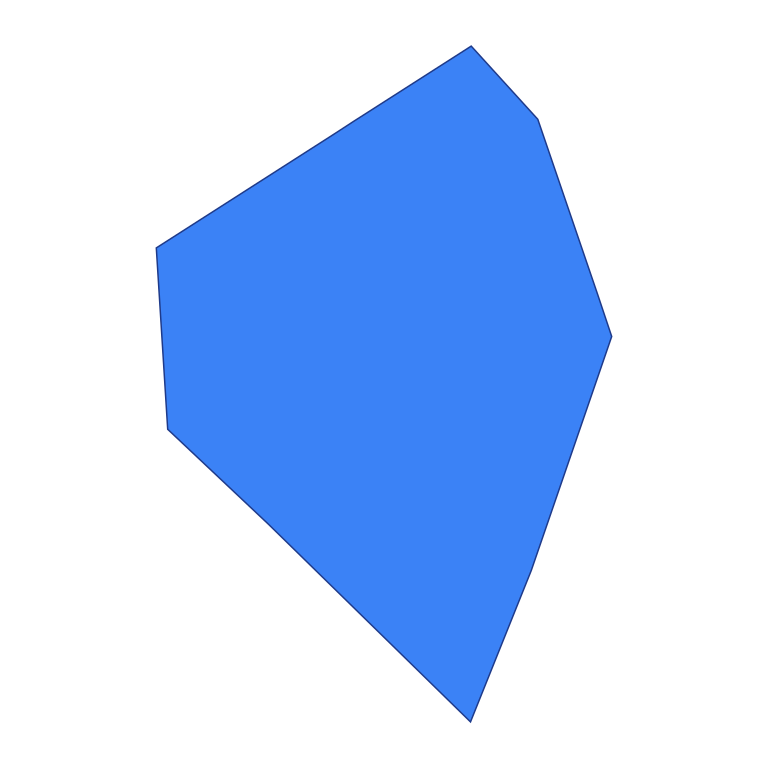 Bom Jesus, Rio Grande do Norte, Brazil
{"feature_id": "56859067B58968790260972", "entity_name": "Bom Jesus", "entity_type": "district", "adm_level": 2, "iso_a3": "BRA", "parent_name": "Brazil", "parent_adm1": "Rio Grande do Norte", "projection": "robinson", "projection_center": [-35.585, -6.006], "detail": "fine", "context": "isolated", "style": "filled", "palette": "blue", "viewbox_px": 768, "rotation_deg": 0, "n_neighbors": 0, "source": "geoboundaries", "source_scale": "gbopen_adm2", "svg_char_len": 275}
<svg xmlns="http://www.w3.org/2000/svg" viewBox="0 0 768 768"><path d="M531.3,570.4L611.7,336.5L597.6,294.3L537.8,119.3L471.2,46.1L353.4,121.5L334.5,133.8L156.3,247.9L167.7,429.3L268.2,524.0L470.5,721.9L531.3,570.4Z" fill="#3b82f6" stroke="#1e3a8a" stroke-width="1.5"/></svg>